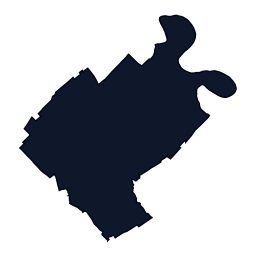 the district of Cotusca, Botosani, Romania
{"feature_id": "2599482B53083625185790", "entity_name": "Cotusca", "entity_type": "district", "adm_level": 2, "iso_a3": "ROU", "parent_name": "Romania", "parent_adm1": "Botosani", "projection": "orthographic", "projection_center": [26.878, 48.123], "detail": "fine", "context": "isolated", "style": "filled", "palette": "ink", "viewbox_px": 256, "rotation_deg": 0, "n_neighbors": 0, "source": "geoboundaries", "source_scale": "gbopen_adm2", "svg_char_len": 5699}
<svg xmlns="http://www.w3.org/2000/svg" viewBox="0 0 256 256"><path d="M152.0,217.6L151.9,217.4L151.0,217.0L150.5,216.6L149.8,215.7L149.4,215.4L149.2,215.0L148.4,214.0L147.8,213.6L146.0,213.4L145.7,213.1L145.4,212.8L145.3,212.5L145.3,212.2L144.5,211.1L144.0,209.7L143.1,208.7L143.0,208.3L142.2,207.4L140.9,206.1L139.7,205.1L140.1,204.4L140.2,203.6L139.8,203.1L139.3,202.9L138.5,203.0L137.3,202.6L136.8,202.1L136.4,201.5L136.3,200.8L136.2,199.8L136.4,198.6L136.4,198.3L136.0,197.8L135.8,197.6L134.9,195.1L133.8,193.5L133.3,193.1L132.9,192.6L132.6,192.0L132.5,191.7L132.8,191.0L132.8,189.7L132.7,188.9L132.9,188.6L133.2,188.3L133.2,187.9L132.5,187.1L132.7,186.6L132.6,186.4L133.1,185.7L133.5,184.8L133.5,184.6L133.4,184.5L133.0,184.2L132.7,183.4L132.6,182.9L132.4,182.5L132.4,181.9L132.1,181.4L131.9,180.8L131.6,180.5L132.0,179.7L132.3,179.4L132.6,179.3L134.5,179.9L134.9,180.2L135.2,180.7L135.3,180.8L135.8,180.8L136.4,180.5L137.9,179.0L138.7,178.6L139.5,177.9L139.7,177.5L139.6,176.5L139.2,175.5L139.4,175.4L139.9,175.0L141.1,174.5L143.0,173.1L144.4,172.4L147.8,170.2L151.0,167.9L154.6,165.9L160.6,162.1L160.8,161.8L160.7,161.6L160.2,161.2L160.3,161.0L160.8,160.8L161.9,159.7L162.2,159.4L163.4,158.8L164.5,158.0L166.1,156.9L166.7,156.4L168.0,157.0L170.5,158.7L172.7,156.4L178.0,150.5L180.4,147.8L179.0,146.7L180.9,144.5L183.5,141.7L184.5,140.8L184.8,140.9L185.1,140.7L185.3,140.9L185.4,141.2L185.6,141.1L185.9,141.2L186.0,141.4L185.9,141.7L185.9,142.0L190.2,136.8L191.2,135.7L194.2,131.3L196.2,129.0L200.8,124.7L207.9,117.6L209.3,115.5L208.5,114.9L208.0,114.3L207.2,114.2L206.0,113.7L203.5,111.6L201.6,109.9L200.5,108.7L199.7,106.8L199.5,106.0L199.3,103.9L199.1,103.1L198.8,102.4L197.8,101.0L197.5,100.3L196.4,96.3L196.4,95.1L196.5,94.6L196.6,93.5L196.4,92.4L196.5,91.2L196.6,90.5L196.5,89.7L196.6,89.3L196.7,89.0L197.3,88.0L197.8,87.4L200.2,85.5L201.2,84.8L201.9,84.6L202.6,84.5L203.3,84.6L203.7,84.7L204.3,85.1L207.2,88.0L208.9,89.5L211.1,91.0L212.1,91.5L212.8,92.1L217.1,94.5L217.4,94.8L219.6,95.9L221.3,96.6L222.5,96.9L223.9,97.2L224.7,97.3L225.9,97.3L226.7,97.1L228.8,96.4L230.0,95.8L231.2,95.2L232.7,94.2L233.8,93.2L234.4,92.7L235.0,91.7L235.8,90.0L236.0,89.2L236.1,88.5L235.7,86.6L235.4,85.5L234.8,84.1L233.5,82.1L232.8,81.2L230.0,78.0L228.9,77.0L227.6,76.2L222.9,73.6L219.7,72.2L216.7,71.3L214.8,70.9L212.9,71.0L210.2,71.6L209.4,71.6L207.6,71.1L206.2,71.0L205.3,71.1L202.7,71.4L201.8,71.7L200.4,72.3L198.8,72.7L196.2,72.6L194.1,73.1L191.5,73.2L189.8,72.8L188.1,72.2L185.8,71.2L183.3,69.8L182.4,69.1L181.7,68.5L181.0,67.7L179.3,64.8L178.8,64.2L178.6,63.5L178.3,62.7L178.0,61.0L178.0,60.5L178.3,58.8L178.6,58.0L179.0,57.4L180.0,56.4L180.7,55.4L181.7,54.6L182.9,53.1L184.5,51.3L186.4,50.0L189.6,47.0L191.2,45.3L192.9,43.0L193.6,41.9L194.1,40.8L194.9,38.6L195.1,37.8L195.3,36.6L195.5,33.7L195.3,33.4L194.7,31.0L193.3,27.6L191.8,25.1L190.3,23.2L187.9,20.3L187.0,19.6L185.6,18.7L183.2,17.3L181.6,16.6L179.6,16.3L178.1,15.9L177.0,15.5L176.3,15.4L174.2,15.6L171.7,16.4L170.5,16.5L169.3,16.6L165.2,15.9L164.2,16.0L161.9,16.4L161.2,16.6L160.2,17.3L159.9,17.6L159.8,17.9L159.5,19.5L159.7,20.4L160.9,23.6L162.9,27.1L165.3,32.4L165.6,33.7L166.8,37.3L167.1,38.4L167.2,39.1L167.2,40.5L167.0,41.2L166.5,41.8L165.9,42.2L165.2,42.7L164.1,43.0L160.7,43.8L159.8,44.0L157.6,44.0L156.2,44.5L155.4,44.6L155.4,45.3L156.0,46.5L155.3,48.2L155.0,49.5L154.7,50.7L154.8,51.2L154.3,53.8L153.8,54.7L153.3,55.9L153.0,56.5L151.8,57.7L152.1,57.9L152.1,58.1L150.7,58.9L150.2,59.2L149.8,59.2L149.3,59.0L145.7,62.3L145.5,62.7L144.9,62.9L141.9,66.1L140.9,65.4L138.2,63.8L129.0,54.8L128.6,54.3L128.2,54.6L127.2,55.7L127.2,56.3L121.8,61.7L120.2,63.5L117.5,66.2L111.7,72.2L105.6,79.0L105.3,79.3L105.4,79.6L105.2,79.8L104.8,79.6L101.2,82.4L101.2,82.7L98.4,84.6L97.4,82.9L96.6,81.1L94.9,77.9L93.8,76.1L89.6,70.6L88.8,69.7L87.7,68.3L83.5,71.5L83.4,71.7L83.5,72.0L83.1,72.3L82.9,71.6L82.3,70.5L79.6,72.5L80.6,74.2L80.5,74.4L80.2,74.7L76.7,77.4L74.3,79.4L73.0,77.5L72.1,78.5L67.9,82.2L65.5,84.3L65.1,84.5L61.3,87.7L60.7,88.2L59.3,89.4L55.8,92.4L56.4,92.9L55.3,94.1L55.2,94.7L52.6,96.5L52.5,97.0L51.6,100.2L42.6,108.9L42.8,109.1L38.4,113.7L40.9,116.4L35.6,121.1L33.7,119.0L31.9,117.3L28.4,122.9L24.4,128.7L30.4,134.9L23.0,142.3L24.4,143.5L19.9,148.0L21.2,149.1L23.4,151.4L27.7,156.1L29.3,157.6L30.0,158.3L31.5,159.9L32.5,160.8L32.8,161.2L33.2,161.9L33.9,162.8L37.4,166.4L37.5,166.6L37.8,166.9L38.4,167.4L40.3,169.7L41.1,170.5L44.3,173.1L47.1,175.1L49.9,177.6L52.9,175.3L52.8,175.1L54.1,174.1L54.4,174.6L55.6,176.1L56.2,177.5L57.8,184.5L58.7,187.8L59.3,190.4L63.0,188.7L63.1,189.2L64.9,188.7L65.0,188.9L66.8,188.3L67.0,189.0L66.8,189.3L67.2,189.9L67.4,190.6L67.9,191.0L68.2,191.9L68.2,192.0L68.0,192.4L68.1,192.6L68.2,192.8L69.0,193.4L69.1,194.2L69.0,194.5L69.2,195.1L69.1,195.3L68.6,195.6L69.1,195.7L69.4,195.6L69.6,195.7L69.5,196.8L69.8,197.2L69.6,197.5L69.5,197.9L69.6,198.3L69.4,198.5L69.5,198.8L69.9,198.9L70.0,199.5L69.5,199.9L69.4,200.1L69.5,200.3L69.9,200.5L69.9,201.3L70.1,202.0L69.7,203.1L69.7,203.4L72.9,205.1L78.7,207.9L78.8,208.3L78.9,208.5L81.0,210.0L81.7,210.3L82.3,211.1L82.9,212.2L84.8,210.8L87.1,212.1L88.2,213.9L92.0,219.2L94.3,223.8L97.9,227.2L99.7,229.5L100.8,230.5L101.3,230.8L102.1,230.9L102.4,231.3L103.1,231.7L103.2,232.0L103.1,232.4L102.3,233.4L102.1,234.4L102.3,234.9L102.6,235.3L103.3,235.8L104.3,236.9L104.8,237.3L105.9,238.3L106.3,238.9L106.9,239.4L107.5,239.9L107.8,240.3L107.8,240.6L108.9,239.4L107.6,237.9L110.6,235.9L111.0,236.5L113.4,234.9L114.2,236.0L115.3,237.7L119.6,234.8L123.1,232.7L123.8,232.2L124.5,232.0L126.0,231.6L126.8,231.1L127.3,231.1L127.6,230.9L127.6,230.7L129.4,229.7L129.8,229.5L137.1,224.7L138.8,226.6L150.1,218.8L152.0,217.6Z" fill="#0f172a" stroke="#020617" stroke-width="1.5"/></svg>